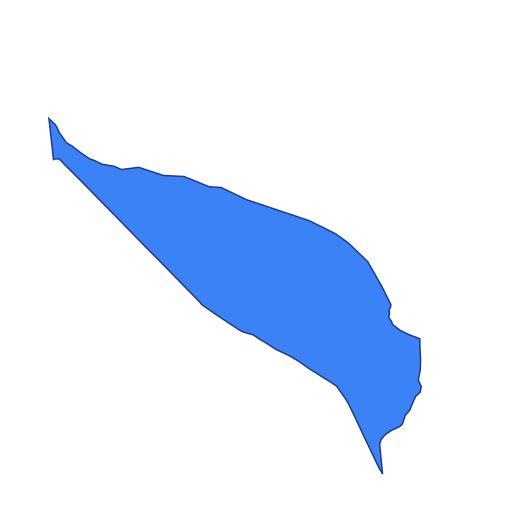 Chimbas, San Juan, Argentina (orthographic projection), rotated 45°
{"feature_id": "61730980B27264787590241", "entity_name": "Chimbas", "entity_type": "district", "adm_level": 2, "iso_a3": "ARG", "parent_name": "Argentina", "parent_adm1": "San Juan", "projection": "orthographic", "projection_center": [-68.525, -31.484], "detail": "fine", "context": "isolated", "style": "filled", "palette": "blue", "viewbox_px": 512, "rotation_deg": 45, "n_neighbors": 0, "source": "geoboundaries", "source_scale": "gbopen_adm2", "svg_char_len": 1691}
<svg xmlns="http://www.w3.org/2000/svg" viewBox="0 0 512 512"><g transform="rotate(45 256 256)"><path d="M499.6,320.6L480.7,305.1L476.1,301.2L474.2,297.0L473.8,293.2L473.8,290.2L475.2,283.2L476.9,278.6L477.4,277.3L478.3,274.6L478.2,270.9L474.2,263.1L473.9,258.3L473.8,256.5L470.3,248.2L468.1,242.2L468.4,236.4L465.2,231.4L458.8,229.2L456.6,226.3L454.8,223.6L452.8,220.6L446.1,213.3L436.6,204.7L430.4,198.7L419.3,203.6L410.4,206.7L401.1,207.8L399.5,207.2L397.8,206.2L395.7,206.1L393.5,205.5L392.4,204.4L391.3,202.6L389.9,201.1L388.6,200.6L387.9,199.4L387.5,197.4L385.8,195.0L366.4,188.5L338.9,181.0L312.3,181.5L296.7,184.0L279.5,189.7L275.9,191.0L268.9,193.3L236.5,209.4L209.0,223.1L202.9,225.2L182.8,232.3L173.9,240.2L164.1,244.3L148.9,250.7L133.6,264.5L117.9,272.5L110.4,276.2L99.7,290.0L92.0,293.0L82.1,300.1L74.4,302.6L70.2,304.7L69.9,304.9L58.8,307.0L47.8,308.4L41.8,310.0L29.5,307.8L24.5,305.9L21.2,305.1L12.4,305.2L44.6,331.0L44.7,330.7L44.8,330.3L44.9,330.1L45.1,329.9L45.5,329.3L45.9,328.9L46.8,327.8L47.7,327.1L49.0,326.7L50.1,326.5L57.1,326.7L63.4,326.7L81.4,326.7L101.3,326.9L110.1,327.0L120.5,327.1L143.5,327.3L157.6,327.5L173.5,327.7L185.0,327.7L193.7,327.7L196.8,327.8L197.1,327.8L204.1,327.8L207.5,327.9L216.7,328.0L230.5,328.2L243.5,328.3L248.9,328.4L252.2,328.7L268.3,325.8L288.8,321.7L294.1,320.6L299.4,319.4L300.9,318.7L304.3,316.8L309.5,313.9L319.5,311.8L319.9,311.7L323.6,310.6L336.4,307.9L348.6,303.5L351.8,302.5L358.0,300.9L363.1,299.8L372.3,298.3L382.0,296.1L390.9,294.1L397.9,292.4L401.7,291.7L403.2,291.4L405.0,291.0L420.9,293.8L425.2,294.9L438.8,299.6L451.5,304.2L456.5,306.0L492.3,318.7L499.6,320.6Z" fill="#3b82f6" stroke="#1e3a8a" stroke-width="1.5"/></g></svg>